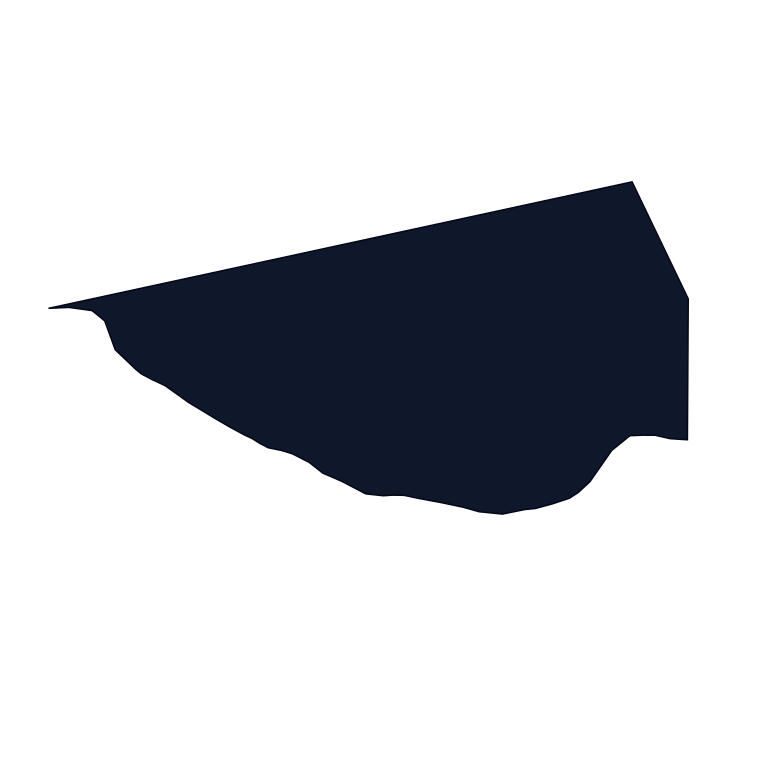 outline of Getrine, Choiseul, Saint Lucia, rotated 79°
{"feature_id": "8701671B56086336550970", "entity_name": "Getrine", "entity_type": "district", "adm_level": 2, "iso_a3": "LCA", "parent_name": "Saint Lucia", "parent_adm1": "Choiseul", "projection": "robinson", "projection_center": [-61.006, 13.781], "detail": "fine", "context": "isolated", "style": "filled", "palette": "ink", "viewbox_px": 768, "rotation_deg": 79, "n_neighbors": 0, "source": "geoboundaries", "source_scale": "gbopen_adm2", "svg_char_len": 744}
<svg xmlns="http://www.w3.org/2000/svg" viewBox="0 0 768 768"><g transform="rotate(79 384 384)"><path d="M232.9,101.9L245.7,698.9L248.7,678.7L256.2,656.7L264.2,649.9L268.8,646.1L299.1,641.3L322.2,624.9L327.9,620.2L335.6,610.6L343.8,599.3L352.6,590.9L364.7,579.5L385.0,557.1L397.0,543.4L407.6,530.5L412.1,524.2L418.7,517.1L424.5,509.8L429.6,497.5L435.0,487.3L446.7,472.4L459.9,461.0L471.2,444.4L488.4,422.8L493.6,405.9L494.7,397.0L497.1,385.6L502.8,372.1L511.5,350.1L520.1,329.7L527.5,315.1L534.3,292.6L534.1,269.9L535.1,259.2L533.8,241.6L531.5,223.7L527.5,213.9L519.1,200.4L492.7,173.2L481.7,152.5L483.6,139.9L486.1,127.5L492.2,113.7L495.5,101.3L496.6,96.8L358.5,69.1L232.9,101.9Z" fill="#0f172a" stroke="#020617" stroke-width="1.5"/></g></svg>